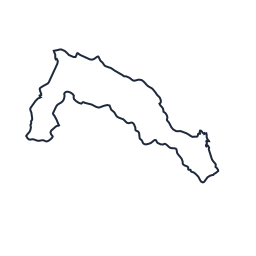 an SVG outline of Xaignabouri, rotated 295°
{"feature_id": "LAO-3278", "entity_name": "Xaignabouri", "entity_type": "Province", "adm_level": 1, "iso_a3": "LAO", "parent_name": "Laos", "parent_adm1": "", "projection": "natural_earth1", "projection_center": [101.237, 18.696], "detail": "fine", "context": "isolated", "style": "outline", "palette": "slate", "viewbox_px": 256, "rotation_deg": 295, "n_neighbors": 0, "source": "natural_earth", "source_scale": "10m", "svg_char_len": 4269}
<svg xmlns="http://www.w3.org/2000/svg" viewBox="0 0 256 256"><g transform="rotate(295 128 128)"><path d="M76.5,44.8L76.1,44.2L75.8,43.1L76.1,41.6L77.7,39.1L79.9,39.5L82.9,40.4L85.2,40.3L87.4,39.8L89.5,38.3L91.0,38.4L92.4,37.8L93.1,37.4L93.7,37.3L94.7,37.6L95.6,37.4L96.2,37.1L101.0,34.0L102.0,32.9L103.2,31.8L104.0,31.3L105.0,31.2L113.3,32.7L116.5,33.8L118.9,35.9L119.1,35.3L119.6,34.6L119.8,34.2L120.3,34.2L121.2,35.4L122.3,34.9L124.0,33.1L125.7,31.7L126.3,31.4L127.2,31.5L127.9,31.9L128.5,32.3L129.8,33.1L134.3,36.4L135.9,36.9L156.5,36.8L159.0,36.1L160.5,34.2L159.7,33.5L160.6,32.6L162.1,31.8L163.1,31.4L163.8,31.0L165.8,28.8L166.6,28.1L168.1,30.2L169.1,31.6L170.2,32.8L171.0,34.3L171.1,38.2L169.9,41.9L169.2,43.4L169.3,48.3L170.1,50.4L172.0,50.5L174.0,50.3L174.6,50.8L174.0,53.6L174.1,64.4L174.4,65.6L174.9,66.7L175.8,67.7L176.9,68.5L179.5,69.9L180.2,70.8L179.8,71.6L177.5,74.3L177.0,75.5L176.6,77.1L175.0,79.8L174.6,80.8L174.6,82.4L175.1,87.2L174.9,88.8L174.4,91.5L173.7,99.4L173.6,100.8L173.3,101.7L173.2,102.6L173.5,103.3L173.8,103.9L174.0,104.6L174.1,106.3L174.1,108.2L173.4,111.2L173.2,112.7L173.6,113.9L176.5,117.5L177.2,120.1L176.7,122.6L174.7,127.4L174.3,129.1L174.1,132.5L173.7,134.0L171.6,138.3L170.5,139.9L169.1,143.7L168.4,144.6L168.2,144.8L166.7,146.2L165.9,146.6L165.0,146.8L164.2,146.7L163.4,146.2L162.4,147.3L161.1,150.3L160.4,151.5L158.8,152.7L157.8,153.2L157.6,153.9L157.5,154.9L157.3,155.6L156.7,156.7L155.7,158.0L154.5,159.1L153.3,159.5L151.8,159.8L151.2,160.6L150.8,161.6L150.2,162.9L147.0,167.0L145.8,169.6L145.5,172.9L145.9,174.0L147.2,176.5L147.5,177.6L147.9,183.3L147.7,185.8L147.3,188.0L147.2,190.1L148.7,192.8L149.0,193.7L149.5,194.3L150.5,194.5L152.2,194.1L152.8,194.4L153.1,195.6L153.6,195.6L154.1,195.1L155.0,194.6L156.0,194.4L156.4,195.3L156.2,195.9L155.0,198.4L155.0,198.9L155.5,199.3L154.8,199.7L156.3,201.2L155.0,202.2L152.7,203.3L151.3,204.9L151.0,205.5L150.7,206.1L150.5,206.8L150.3,207.0L149.7,205.4L149.6,204.9L149.5,204.6L149.3,204.5L149.0,204.6L148.7,204.9L147.8,205.9L146.8,206.0L145.7,205.9L144.8,206.2L144.4,206.9L144.8,207.2L145.5,207.2L145.9,207.4L145.8,207.8L145.7,208.1L144.5,209.8L144.1,210.0L143.6,210.0L142.7,210.3L135.1,217.3L133.9,219.2L132.5,222.3L132.0,222.9L131.2,223.3L130.3,223.5L129.6,223.9L129.4,225.1L128.3,227.0L127.9,227.4L127.2,227.9L126.7,227.7L124.8,226.8L122.7,225.4L121.5,225.1L120.6,223.8L119.5,222.6L118.2,221.7L116.9,220.9L113.9,220.3L111.4,219.8L110.3,218.8L110.3,217.0L111.3,215.3L113.6,212.3L115.0,208.6L115.1,208.0L115.5,206.5L115.3,204.9L115.2,204.1L115.3,203.4L115.8,202.9L116.4,202.5L116.5,202.3L116.5,202.2L116.4,201.8L116.0,201.2L115.8,200.7L115.9,200.2L116.4,199.8L117.8,199.1L118.2,198.1L118.0,195.3L118.2,193.7L118.7,192.8L120.9,191.5L122.7,189.7L123.8,187.7L124.7,185.6L125.9,183.4L126.8,182.6L129.0,181.1L129.5,180.0L129.3,178.9L128.1,175.9L127.9,174.3L128.2,172.9L129.2,169.8L129.3,168.5L129.1,167.8L128.7,167.4L128.2,167.1L127.8,166.6L127.2,165.0L127.0,164.5L127.0,161.6L127.1,160.8L127.5,160.2L128.6,158.7L128.8,158.2L128.2,157.1L123.8,154.9L123.3,154.3L121.7,152.6L120.7,151.1L120.3,149.7L120.6,148.1L122.6,145.8L123.1,144.2L123.2,143.4L123.5,143.0L127.9,140.3L128.8,139.3L129.1,138.4L129.0,136.6L129.2,135.8L129.7,135.3L130.9,134.8L131.5,134.4L133.4,132.4L134.3,131.1L134.6,129.8L134.3,128.6L132.7,126.7L132.3,125.3L132.5,124.0L133.5,121.3L133.9,120.0L133.5,115.1L133.6,113.6L134.2,112.1L135.8,109.9L136.5,108.7L137.2,106.1L137.6,104.9L140.6,101.8L140.0,99.4L138.1,97.0L135.1,94.0L134.3,93.1L133.9,91.8L133.7,89.9L133.9,85.1L132.6,78.4L132.5,77.9L132.6,77.5L132.7,77.0L132.4,76.3L132.0,76.0L130.9,75.7L130.4,75.4L130.0,73.0L130.4,69.6L131.4,66.8L132.9,65.7L134.5,65.2L135.4,63.4L135.8,61.1L135.7,59.1L135.4,58.1L135.1,57.3L134.5,56.6L133.6,56.0L132.4,55.7L131.7,55.9L131.1,56.4L130.3,56.9L128.7,57.4L126.7,57.7L124.8,57.5L122.9,56.7L119.9,54.6L118.4,54.0L116.5,53.8L110.4,53.8L110.0,53.8L109.6,53.8L109.0,54.3L108.7,54.6L107.9,56.3L105.1,60.0L102.0,63.3L101.3,64.4L100.8,64.2L100.3,63.3L99.7,62.6L98.7,61.9L93.1,59.5L91.3,59.6L89.9,60.8L89.1,62.3L88.6,63.3L87.4,63.4L85.4,62.7L83.5,61.8L82.3,60.9L81.4,59.9L81.2,58.8L81.2,57.4L81.0,56.1L80.4,55.0L79.0,53.1L78.5,52.1L78.1,50.7L77.9,48.0L77.7,46.8L77.2,45.8L76.5,44.8Z" fill="none" stroke="#1e293b" stroke-width="2"/></g></svg>